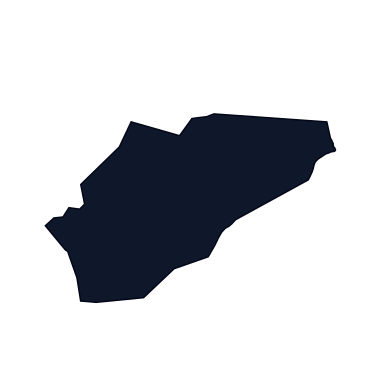 the district of San Buenaventura, Francisco Morazán, Honduras, rotated 72°
{"feature_id": "27666195B50330868714175", "entity_name": "San Buenaventura", "entity_type": "district", "adm_level": 2, "iso_a3": "HND", "parent_name": "Honduras", "parent_adm1": "Francisco Morazán", "projection": "albers", "projection_center": [-87.184, 13.903], "detail": "fine", "context": "isolated", "style": "filled", "palette": "ink", "viewbox_px": 384, "rotation_deg": 72, "n_neighbors": 0, "source": "geoboundaries", "source_scale": "gbopen_adm2", "svg_char_len": 1397}
<svg xmlns="http://www.w3.org/2000/svg" viewBox="0 0 384 384"><g transform="rotate(72 192 192)"><path d="M167.0,42.1L125.1,145.6L124.5,146.9L124.9,154.9L124.1,158.8L123.3,162.9L122.1,169.4L123.5,171.2L134.6,186.5L106.5,228.2L118.4,239.4L124.6,245.2L126.7,247.2L150.5,295.5L170.3,297.9L173.6,304.1L168.9,313.9L175.9,322.4L174.0,331.4L178.8,341.9L200.5,333.3L208.2,330.2L209.9,328.6L237.9,327.9L261.3,331.6L264.1,324.8L267.3,317.3L277.4,271.3L277.5,270.7L259.4,232.7L258.6,196.6L255.0,192.6L249.4,186.4L243.5,180.8L240.0,176.9L239.5,176.4L236.8,171.7L235.9,167.2L234.5,163.9L231.8,159.1L216.4,77.7L213.3,74.6L209.8,71.4L207.3,69.6L204.0,67.6L201.6,65.6L199.7,62.2L198.2,56.9L197.1,53.0L197.1,49.9L196.8,47.5L197.3,44.0L197.3,43.9L197.2,43.8L197.2,43.7L197.1,43.4L197.0,43.2L196.9,43.1L196.8,42.9L196.7,42.8L196.6,42.7L196.4,42.6L196.2,42.5L195.9,42.5L195.6,42.5L195.4,42.5L195.2,42.5L194.9,42.6L194.7,42.6L194.4,42.7L194.2,42.7L194.1,42.8L193.9,42.9L193.7,42.9L193.6,43.0L193.4,43.0L193.2,43.1L192.9,43.2L192.7,43.2L192.4,43.3L192.2,43.3L191.9,43.3L191.6,43.3L191.4,43.2L191.2,43.2L190.9,43.2L190.7,43.2L190.4,43.1L190.2,43.0L190.0,42.9L189.9,42.9L189.7,42.8L189.4,42.8L189.0,42.8L188.5,42.9L187.9,43.0L187.3,43.1L187.0,43.1L186.7,43.1L186.2,43.2L185.7,43.2L185.5,43.3L185.3,43.3L185.1,43.3L184.9,43.4L184.3,43.5L183.5,43.7L167.0,42.1Z" fill="#0f172a" stroke="#020617" stroke-width="1.5"/></g></svg>